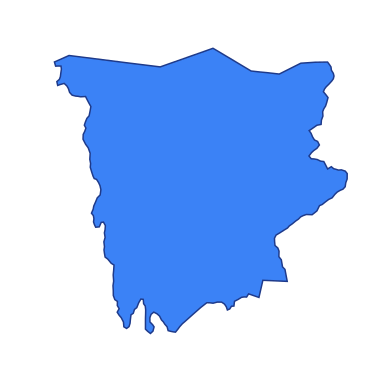 Itatira, Ceará, Brazil, rotated 187°
{"feature_id": "56859067B49742639550907", "entity_name": "Itatira", "entity_type": "district", "adm_level": 2, "iso_a3": "BRA", "parent_name": "Brazil", "parent_adm1": "Ceará", "projection": "equal_earth", "projection_center": [-39.581, -4.608], "detail": "fine", "context": "isolated", "style": "filled", "palette": "blue", "viewbox_px": 384, "rotation_deg": 187, "n_neighbors": 0, "source": "geoboundaries", "source_scale": "gbopen_adm2", "svg_char_len": 3001}
<svg xmlns="http://www.w3.org/2000/svg" viewBox="0 0 384 384"><g transform="rotate(187 192 192)"><path d="M73.3,337.5L85.6,335.8L99.7,333.1L119.8,319.7L132.2,319.6L135.6,319.5L139.0,319.4L148.1,319.3L186.1,336.1L188.7,337.2L193.3,334.9L238.8,312.3L263.9,312.3L271.8,312.3L330.7,312.5L344.4,304.3L342.7,300.3L339.7,300.8L337.4,301.0L336.6,298.1L336.7,294.0L336.7,290.4L337.4,287.6L339.6,285.1L338.3,281.4L335.7,282.7L332.1,284.2L329.1,282.0L327.3,279.6L325.6,275.9L322.8,273.5L319.1,273.0L316.8,273.1L314.2,272.9L309.3,273.8L307.7,271.4L305.3,267.9L302.8,264.5L303.0,260.1L303.4,255.1L305.3,252.3L306.3,248.7L307.0,245.2L305.1,242.5L305.9,239.0L307.0,235.9L306.6,231.1L303.4,226.4L300.4,223.2L297.8,218.0L297.4,211.9L296.1,207.9L296.0,204.2L294.0,199.6L292.1,195.6L290.7,193.4L288.3,192.9L285.9,190.0L284.1,187.1L282.7,183.1L282.8,177.9L285.3,174.7L286.7,169.7L287.8,166.1L288.0,162.9L289.2,158.7L287.0,156.5L286.1,153.5L286.1,150.3L284.8,147.6L283.3,145.3L279.8,146.1L278.4,150.8L276.2,151.3L273.9,148.1L273.7,143.9L274.0,140.8L272.7,136.3L273.4,131.8L272.2,127.0L272.3,123.8L271.5,120.7L270.3,116.8L267.5,115.2L263.5,111.4L260.5,110.0L260.2,104.5L260.1,100.0L258.9,94.0L259.0,89.4L258.1,84.4L257.5,79.7L255.5,75.8L252.7,74.3L252.3,70.2L250.1,67.3L251.6,63.6L249.3,60.8L247.0,58.7L244.2,54.6L243.2,49.9L240.3,48.6L238.1,50.7L237.5,54.1L237.6,58.1L237.6,62.6L235.5,64.5L234.8,68.4L232.7,70.5L231.4,75.6L229.7,79.5L227.3,79.5L226.4,75.2L224.5,73.1L223.6,69.2L223.2,65.4L222.8,61.0L222.4,57.6L222.0,54.4L221.5,50.2L219.0,48.3L216.0,46.5L213.8,49.1L213.2,53.5L214.9,55.5L217.9,57.9L218.5,62.0L217.7,65.6L215.3,68.1L211.8,66.8L209.1,64.9L206.7,61.3L204.6,59.6L203.0,57.6L200.3,55.2L198.8,51.5L196.2,51.1L193.5,50.9L191.3,50.9L189.3,54.1L187.8,56.8L185.5,60.1L183.4,62.4L175.7,71.2L169.1,78.6L163.8,83.9L161.0,84.2L157.5,84.2L153.5,85.8L149.2,86.3L146.1,84.7L144.0,82.3L142.5,79.2L140.3,80.5L138.9,83.4L136.5,83.9L136.5,88.7L133.1,91.0L130.0,93.5L127.5,94.2L125.0,94.4L123.4,97.8L112.7,95.5L110.9,113.0L86.6,114.9L90.3,126.5L93.0,128.7L95.1,135.6L97.9,138.4L98.4,143.9L100.0,146.9L103.1,149.0L104.0,153.0L104.5,156.2L103.3,159.5L99.7,162.3L96.1,165.3L92.8,167.9L91.3,170.2L88.5,172.7L85.6,175.8L83.0,178.1L81.2,180.5L78.8,182.1L75.8,183.6L72.3,183.9L70.0,184.1L67.8,186.3L65.7,188.5L63.8,194.0L61.2,195.5L58.4,198.4L55.4,201.3L52.2,203.3L49.9,207.1L47.8,209.7L45.0,211.8L42.5,213.2L40.6,215.9L40.5,219.9L39.6,223.8L40.2,229.2L42.4,231.4L46.4,232.2L49.3,231.6L52.0,232.1L54.2,232.4L56.8,234.1L60.2,231.4L63.0,235.6L64.9,238.3L68.1,238.3L71.6,239.5L74.9,239.7L77.7,239.5L80.3,242.0L78.2,245.6L76.2,248.0L73.3,250.6L71.3,254.2L73.5,257.5L76.8,258.6L79.0,261.3L81.0,264.8L83.2,267.2L81.0,269.1L79.0,270.9L76.1,273.5L72.1,274.8L72.3,279.1L71.3,283.3L72.1,287.6L71.3,290.7L69.9,293.6L69.2,297.2L68.5,302.3L71.0,304.9L73.8,307.5L73.0,310.4L71.6,312.8L69.2,315.8L66.8,319.2L65.5,321.6L65.2,324.4L66.2,327.0L68.5,329.9L69.3,333.1L71.1,335.2L73.3,337.5Z" fill="#3b82f6" stroke="#1e3a8a" stroke-width="1.5"/></g></svg>